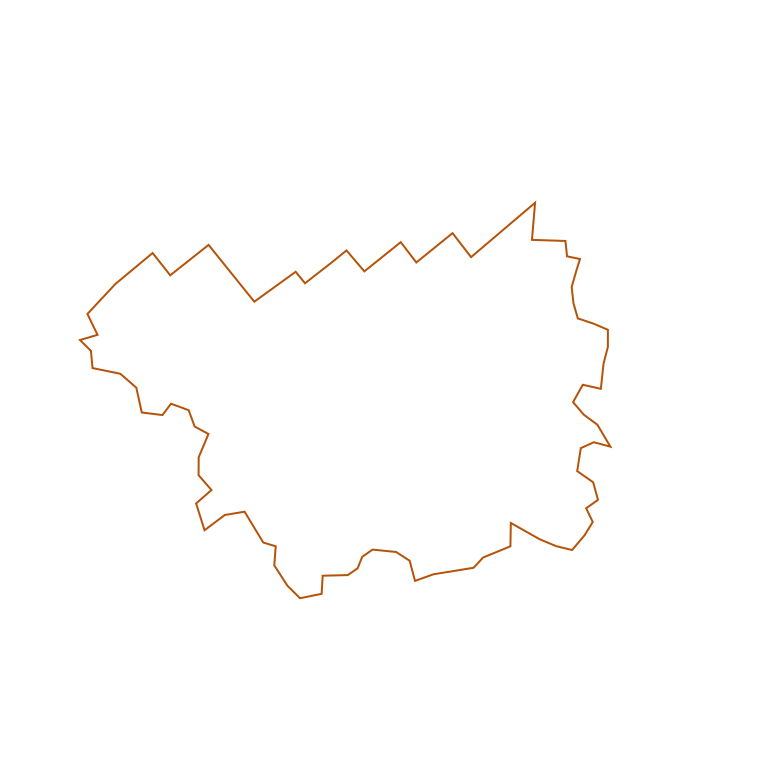 outline of São Domingos do Sul, Rio Grande do Sul, Brazil, rotated 321°
{"feature_id": "56859067B37550395927490", "entity_name": "São Domingos do Sul", "entity_type": "district", "adm_level": 2, "iso_a3": "BRA", "parent_name": "Brazil", "parent_adm1": "Rio Grande do Sul", "projection": "natural_earth1", "projection_center": [-51.868, -28.537], "detail": "fine", "context": "isolated", "style": "outline", "palette": "amber", "viewbox_px": 768, "rotation_deg": 321, "n_neighbors": 0, "source": "geoboundaries", "source_scale": "gbopen_adm2", "svg_char_len": 1174}
<svg xmlns="http://www.w3.org/2000/svg" viewBox="0 0 768 768"><g transform="rotate(321 384 384)"><path d="M425.7,631.4L444.9,627.7L459.4,622.6L462.9,607.8L477.4,608.7L484.7,592.0L479.3,573.3L496.6,557.7L510.4,561.3L520.5,575.2L524.2,550.0L520.0,533.8L519.5,517.1L538.0,509.7L549.5,524.2L567.5,506.3L581.3,496.1L592.1,482.8L584.8,468.9L575.9,455.0L582.0,440.6L590.9,426.7L605.2,416.7L615.0,410.2L606.6,400.0L615.0,387.0L589.7,365.1L615.5,338.2L531.5,340.2L532.2,309.9L485.6,309.9L486.3,284.3L439.6,284.1L438.9,256.6L417.8,256.6L386.0,256.0L386.0,241.2L335.0,238.4L335.2,165.5L286.3,165.0L286.6,136.6L238.4,137.2L197.6,142.9L192.3,165.5L175.4,158.5L177.1,173.8L167.5,188.2L185.5,210.1L189.2,231.0L177.8,253.7L192.3,268.7L206.1,265.3L215.7,281.5L210.1,297.9L216.1,312.4L193.9,324.3L182.5,338.2L183.2,357.8L162.8,358.6L152.5,384.7L177.8,385.6L195.3,395.5L190.4,431.2L197.7,442.0L184.6,455.9L182.0,480.0L183.9,497.6L203.5,507.8L215.7,494.4L235.6,509.7L247.5,510.6L258.3,504.6L270.9,505.5L287.7,522.2L292.7,537.5L284.2,556.5L302.7,563.0L338.0,583.2L351.8,581.2L380.1,589.7L395.1,571.8L407.3,602.7L415.7,618.3L425.7,631.4Z" fill="none" stroke="#b45309" stroke-width="2"/></g></svg>